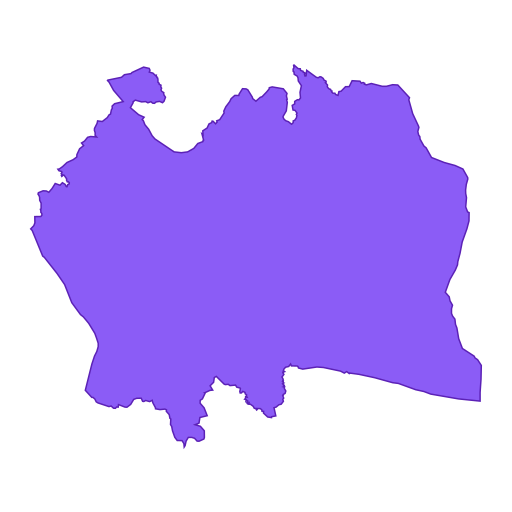 Eidsberg nor, Østfold, Norway (Mercator projection)
{"feature_id": "86288312B32613923772103", "entity_name": "Eidsberg nor", "entity_type": "district", "adm_level": 2, "iso_a3": "NOR", "parent_name": "Norway", "parent_adm1": "Østfold", "projection": "mercator", "projection_center": [11.349, 59.529], "detail": "fine", "context": "isolated", "style": "filled", "palette": "violet", "viewbox_px": 512, "rotation_deg": 0, "n_neighbors": 0, "source": "geoboundaries", "source_scale": "gbopen_adm2", "svg_char_len": 5928}
<svg xmlns="http://www.w3.org/2000/svg" viewBox="0 0 512 512"><path d="M30.7,228.9L32.2,230.5L42.7,256.1L44.3,257.3L57.0,273.4L64.6,284.5L71.8,302.7L80.5,314.6L83.4,316.9L88.7,323.3L94.8,333.3L96.4,337.7L98.2,343.2L98.2,346.7L96.8,351.5L94.5,356.1L91.9,364.0L85.3,390.3L91.8,397.4L93.0,397.4L94.9,399.1L96.2,401.8L97.9,402.9L109.0,406.6L111.1,406.0L113.5,408.2L115.4,408.3L116.6,407.0L118.2,407.1L118.5,404.6L125.0,407.1L127.0,407.2L130.7,404.4L133.7,399.4L136.6,398.3L141.2,398.2L142.6,401.3L143.8,401.5L145.7,400.5L149.7,401.6L152.2,400.3L152.8,402.7L155.5,407.8L155.5,408.8L160.0,409.6L164.9,409.1L166.5,409.8L166.3,411.3L169.2,414.6L169.9,418.3L170.8,419.0L170.5,424.5L171.7,426.5L172.5,430.8L174.8,437.3L177.2,440.5L182.0,440.6L183.9,443.6L184.2,447.0L185.1,445.6L186.1,441.1L188.3,437.4L191.8,437.4L194.6,438.3L197.1,441.1L199.1,441.2L203.9,439.0L204.4,437.4L204.3,430.8L200.4,426.3L195.1,424.7L199.0,423.1L199.9,417.5L207.2,415.7L204.1,407.8L200.1,403.2L200.2,400.3L202.4,398.9L205.3,392.8L204.9,392.7L209.9,390.4L212.7,390.1L210.1,385.8L213.6,382.3L214.3,377.5L216.3,376.4L224.1,384.1L225.3,384.6L228.2,384.3L230.0,385.6L235.5,385.1L236.8,387.2L240.0,388.0L240.4,388.6L239.8,391.5L240.2,393.0L241.5,392.9L242.8,391.4L245.0,392.4L245.2,393.8L246.6,394.9L246.3,395.9L247.0,397.1L245.6,396.8L245.5,398.4L244.7,399.2L246.2,399.7L246.0,401.0L246.8,400.3L247.7,400.8L247.9,402.0L247.4,401.5L247.5,401.9L246.8,402.7L247.5,403.8L248.4,404.1L249.0,403.4L248.9,404.2L250.5,404.3L253.2,406.3L254.3,408.3L255.7,408.5L256.6,410.0L257.1,409.6L256.6,408.5L260.3,408.6L261.8,409.9L262.0,411.3L263.6,411.4L263.5,413.1L267.7,417.0L271.5,417.6L271.6,416.7L275.8,415.9L274.0,407.7L276.1,407.1L278.8,404.8L281.2,404.2L283.4,401.3L282.8,399.3L283.7,398.1L282.7,395.6L283.3,395.2L283.2,394.5L285.1,393.4L285.8,391.0L284.4,388.6L284.2,387.6L284.6,387.0L283.7,386.8L284.2,386.6L284.3,386.0L283.7,385.6L284.1,385.2L282.6,383.8L283.8,383.0L283.1,382.7L283.3,381.0L282.6,381.1L283.2,379.3L282.0,377.0L283.9,374.4L282.9,372.8L283.9,372.0L283.0,372.0L283.2,371.4L284.3,371.4L283.4,370.6L283.9,369.1L285.6,367.2L288.7,366.5L290.6,364.0L291.4,365.9L297.0,366.0L297.9,366.4L298.5,368.0L302.7,369.1L316.9,367.0L323.5,367.5L340.5,371.1L344.3,373.1L346.7,371.6L349.3,373.6L349.7,373.4L349.2,373.0L358.9,374.3L374.7,377.7L392.7,382.7L398.3,383.4L415.7,389.7L423.9,391.5L430.8,394.1L458.5,398.9L480.1,401.1L480.1,392.4L481.0,379.3L481.3,365.4L477.6,359.7L475.0,357.9L474.2,356.2L462.4,348.5L458.7,338.7L456.9,328.0L455.5,324.4L454.9,319.1L452.6,316.1L451.5,313.4L451.5,308.8L452.5,305.2L450.0,300.8L449.2,296.8L445.3,292.3L449.9,279.5L455.3,270.1L457.5,264.9L457.8,261.7L460.0,253.4L462.2,242.0L466.9,228.8L469.0,220.9L469.1,212.6L467.6,211.9L465.7,206.9L466.5,197.7L465.7,193.5L465.6,190.0L466.3,184.4L467.8,179.1L467.7,177.6L462.9,169.0L455.1,165.5L444.2,162.5L431.5,157.5L426.1,147.8L423.9,146.0L420.1,139.2L419.8,136.5L418.7,135.2L417.8,131.5L418.9,127.4L418.5,126.1L412.7,113.7L408.8,99.8L409.5,97.7L397.8,85.0L392.6,84.7L386.4,86.3L382.3,86.3L371.3,83.5L366.3,84.9L364.4,84.2L364.7,83.3L363.1,82.5L361.3,83.1L360.0,81.2L352.1,80.7L349.2,86.6L345.5,86.7L341.1,91.2L338.9,91.6L338.0,95.4L335.6,94.5L334.9,93.2L332.9,93.2L331.9,92.3L332.0,91.1L331.3,91.0L330.5,89.3L329.4,89.1L327.8,87.6L327.3,86.7L327.5,85.0L325.4,82.7L326.2,82.0L326.0,81.1L324.1,80.1L323.2,78.4L321.3,77.0L320.0,76.7L318.1,77.8L316.3,77.3L306.7,70.3L306.1,75.8L305.0,76.0L304.5,74.5L305.0,73.1L304.7,72.6L303.3,72.5L303.1,71.3L300.6,70.4L300.3,68.8L298.1,68.6L294.0,65.0L293.6,65.3L294.0,67.6L293.1,69.1L293.2,71.4L294.0,72.0L294.2,74.3L297.2,76.1L298.0,77.8L298.3,81.0L301.4,85.7L300.0,92.3L300.5,98.0L298.9,99.9L297.4,99.7L294.7,101.4L294.7,103.9L292.2,105.4L293.0,110.0L295.1,110.4L297.0,113.1L296.3,114.5L296.9,115.4L296.4,117.9L294.7,120.3L293.2,120.9L293.2,122.6L292.1,123.8L291.5,124.2L288.4,121.7L285.9,120.8L284.2,119.4L283.1,117.4L283.1,116.4L286.3,110.9L287.3,102.4L286.6,99.8L287.2,99.3L286.4,95.9L287.0,93.4L283.3,88.8L272.2,86.9L269.3,87.7L269.1,89.0L266.7,91.9L262.1,96.7L260.3,97.3L255.9,101.2L252.7,98.6L252.3,97.1L247.8,89.8L246.1,88.9L242.5,88.7L239.1,94.1L238.8,95.5L234.8,95.4L231.1,98.7L229.7,101.6L225.8,106.8L223.8,111.1L224.1,113.0L219.7,119.7L216.7,120.8L217.1,122.1L215.6,123.8L213.0,121.2L212.1,121.1L211.7,122.6L209.0,123.9L207.1,128.0L202.8,130.8L203.0,134.9L202.0,134.0L203.6,140.1L203.1,140.3L202.9,141.6L197.8,143.5L193.8,148.4L187.6,151.9L181.3,152.7L174.1,151.9L155.0,139.0L152.1,135.7L148.7,129.3L144.9,124.7L143.4,120.8L142.2,119.6L144.1,117.2L138.6,114.7L130.4,107.7L133.1,102.8L133.1,101.8L135.3,100.1L141.6,101.9L145.7,101.6L147.9,102.8L150.9,101.7L152.7,103.2L154.5,103.3L156.2,101.9L159.6,101.4L162.5,102.7L164.0,101.3L165.5,97.2L164.1,95.2L163.6,93.4L163.8,92.7L161.5,91.1L161.0,89.7L161.6,88.2L160.8,86.9L161.0,85.2L159.2,84.3L159.1,83.2L158.0,82.3L157.9,79.1L157.6,77.9L156.9,77.6L156.9,76.8L156.1,76.2L156.3,75.2L155.2,75.3L152.9,73.1L149.3,72.1L150.0,70.2L149.2,68.4L143.6,67.1L132.0,72.5L131.0,73.6L124.4,74.7L121.5,77.3L107.8,80.1L107.5,80.5L109.1,82.2L113.6,90.4L123.2,101.6L114.6,103.7L112.1,106.1L112.3,108.3L111.4,109.8L110.5,114.1L109.1,114.8L107.3,117.6L102.3,121.5L97.6,120.9L97.1,123.3L94.5,128.4L94.4,130.4L95.2,132.8L95.1,135.3L96.6,137.0L90.7,136.5L87.6,137.3L84.5,141.1L81.5,143.0L83.6,145.6L79.6,148.8L76.9,154.6L76.8,157.0L73.1,159.7L67.0,162.5L62.6,166.6L59.3,169.0L57.9,169.2L58.9,170.7L61.6,171.5L62.0,172.3L61.2,173.6L62.2,174.5L61.3,175.3L61.8,176.4L63.5,175.0L64.2,175.3L66.7,179.0L66.5,180.1L67.3,181.9L68.3,181.7L69.3,182.8L69.2,183.8L67.7,184.7L67.0,186.7L66.3,186.6L65.1,184.4L62.4,182.7L60.0,185.2L55.2,183.5L52.0,188.6L48.8,192.3L46.4,191.0L43.1,190.8L38.4,192.7L38.0,194.1L39.1,195.8L39.6,197.4L39.7,200.3L41.1,203.1L41.1,208.1L41.0,209.0L40.4,209.3L40.9,210.9L40.8,212.2L41.8,213.5L41.9,215.2L40.8,216.5L34.8,216.6L34.9,222.8L33.8,225.7L30.7,228.9Z" fill="#8b5cf6" stroke="#5b21b6" stroke-width="1.5"/></svg>